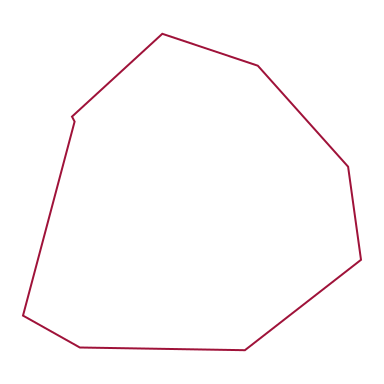 Fond Canie, Castries, Saint Lucia
{"feature_id": "8701671B84491224846423", "entity_name": "Fond Canie", "entity_type": "district", "adm_level": 2, "iso_a3": "LCA", "parent_name": "Saint Lucia", "parent_adm1": "Castries", "projection": "mercator", "projection_center": [-60.96, 13.992], "detail": "fine", "context": "isolated", "style": "outline", "palette": "rose", "viewbox_px": 384, "rotation_deg": 0, "n_neighbors": 0, "source": "geoboundaries", "source_scale": "gbopen_adm2", "svg_char_len": 240}
<svg xmlns="http://www.w3.org/2000/svg" viewBox="0 0 384 384"><path d="M72.0,116.6L74.6,121.6L23.0,315.6L79.8,347.5L244.9,350.2L361.0,259.8L348.1,166.7L257.8,65.7L162.3,33.8L72.0,116.6Z" fill="none" stroke="#9f1239" stroke-width="2"/></svg>